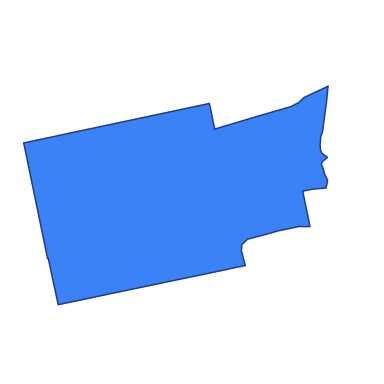 outline of Al Malha, North Darfur, Sudan, rotated 258°
{"feature_id": "16777658B62126851922243", "entity_name": "Al Malha", "entity_type": "district", "adm_level": 2, "iso_a3": "SDN", "parent_name": "Sudan", "parent_adm1": "North Darfur", "projection": "robinson", "projection_center": [26.533, 17.176], "detail": "fine", "context": "isolated", "style": "filled", "palette": "blue", "viewbox_px": 384, "rotation_deg": 258, "n_neighbors": 0, "source": "geoboundaries", "source_scale": "gbopen_adm2", "svg_char_len": 2274}
<svg xmlns="http://www.w3.org/2000/svg" viewBox="0 0 384 384"><g transform="rotate(258 192 192)"><path d="M275.0,108.1L275.0,53.1L275.0,52.8L275.0,37.6L157.0,36.9L157.0,37.6L109.6,37.7L109.5,59.4L109.5,61.7L109.5,88.6L109.4,111.4L109.3,144.3L109.0,211.4L109.1,214.5L109.0,228.8L124.4,228.1L130.2,229.8L134.3,236.6L135.0,250.6L135.2,255.6L136.1,267.5L136.1,267.9L136.0,279.3L136.0,284.4L136.0,286.7L136.0,289.4L135.2,292.9L134.8,294.7L134.2,297.7L134.0,298.6L133.7,300.0L133.8,300.2L141.4,300.3L143.1,300.3L150.1,300.3L161.2,300.4L169.8,300.5L169.7,310.3L168.1,323.8L168.1,324.0L172.3,325.8L175.3,327.1L181.5,325.5L187.3,325.2L192.1,324.3L194.5,325.7L195.7,327.8L197.4,331.4L198.6,331.3L200.4,329.3L202.8,327.1L204.0,326.8L206.8,326.4L211.6,327.1L214.4,328.1L218.8,329.1L223.4,332.0L252.7,342.5L261.4,345.2L265.2,346.4L267.2,347.1L267.2,346.9L267.1,346.4L266.8,345.4L266.5,344.5L266.3,343.4L266.2,342.9L265.8,341.4L265.4,339.5L265.2,338.6L264.8,337.0L264.5,335.7L264.0,333.6L263.8,332.9L263.3,330.6L263.2,330.2L263.0,329.5L262.9,328.9L262.7,327.9L262.6,327.7L262.5,327.0L262.4,326.9L262.4,326.5L261.9,324.7L261.6,323.2L261.5,322.9L261.3,322.0L261.2,321.7L261.2,321.4L261.0,321.1L260.8,320.7L260.7,320.7L260.5,320.3L260.2,319.7L260.0,319.4L259.9,319.3L259.9,319.2L259.7,318.9L259.5,318.7L259.3,318.2L259.2,318.2L259.0,317.8L258.7,317.3L258.6,317.2L258.4,316.9L258.0,316.2L257.9,315.9L257.5,315.4L257.4,315.1L257.2,314.6L257.1,314.2L257.0,313.9L257.0,313.6L256.9,313.3L256.5,312.0L256.5,311.8L256.3,311.1L256.1,310.4L255.7,309.2L255.2,307.3L255.0,306.5L255.0,306.4L254.9,305.9L254.9,305.2L254.9,304.6L254.8,303.8L254.7,303.3L254.7,303.0L254.7,302.9L254.7,302.7L254.7,302.2L254.5,300.2L253.8,290.7L252.6,274.0L252.1,268.3L251.9,265.0L250.9,253.3L250.2,244.3L250.1,243.1L249.7,238.6L249.5,235.5L249.4,234.6L249.3,233.7L249.2,232.3L249.1,231.2L249.0,229.8L249.0,229.5L249.0,229.4L248.9,229.3L248.9,228.6L248.9,228.4L248.8,228.0L248.8,227.6L248.8,227.4L248.8,227.2L248.9,227.3L249.0,227.3L249.3,227.3L249.5,227.3L250.0,227.3L250.3,227.3L250.5,227.3L251.5,227.3L254.6,227.3L255.6,227.3L256.5,227.3L259.2,227.3L262.3,227.4L263.7,227.4L265.3,227.4L267.1,227.4L271.0,227.4L272.0,227.4L275.0,227.4L275.0,227.2L275.0,108.1Z" fill="#3b82f6" stroke="#1e3a8a" stroke-width="1.5"/></g></svg>